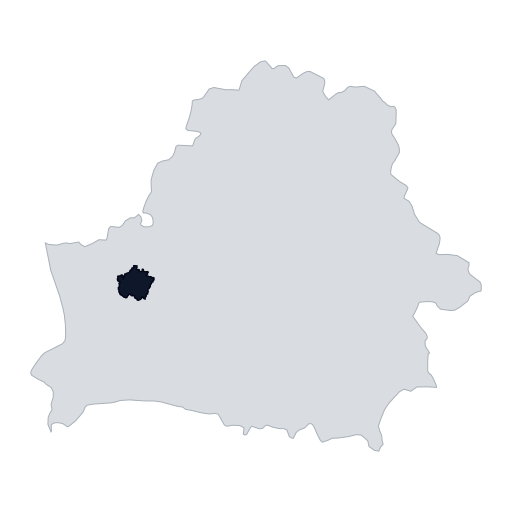 location of Dzyatlava, Grodno, Belarus
{"feature_id": "67162791B37208014069458", "entity_name": "Dzyatlava", "entity_type": "district", "adm_level": 2, "iso_a3": "BLR", "parent_name": "Belarus", "parent_adm1": "Grodno", "projection": "mercator", "projection_center": [25.377, 53.437], "detail": "fine", "context": "in_parent", "style": "filled", "palette": "ink", "viewbox_px": 512, "rotation_deg": 0, "n_neighbors": 0, "source": "geoboundaries", "source_scale": "gbopen_adm2", "svg_char_len": 7026}
<svg xmlns="http://www.w3.org/2000/svg" viewBox="0 0 512 512"><path d="M436.5,387.4L427.6,386.8L416.8,387.0L410.8,391.3L404.2,389.2L399.6,391.6L388.9,403.2L384.7,409.4L380.8,418.9L378.4,426.0L379.7,430.9L381.7,435.5L382.1,440.4L383.1,444.3L380.5,447.1L378.9,451.1L374.5,450.4L369.0,446.5L367.8,440.9L363.6,437.0L360.8,435.0L356.2,434.7L348.9,436.5L339.3,437.9L332.1,438.3L328.2,440.2L322.3,442.2L320.1,439.9L316.9,433.5L314.2,427.2L312.4,424.4L310.8,423.6L308.8,423.8L306.6,425.8L304.9,427.8L298.9,430.2L296.2,432.5L293.3,438.3L291.3,437.9L289.3,436.6L287.0,430.1L283.8,428.6L278.8,428.5L272.5,427.1L267.4,425.1L265.5,425.6L262.5,428.4L259.2,428.8L252.0,426.3L250.6,427.4L246.5,434.6L244.5,435.0L243.4,434.1L244.0,427.8L239.9,425.6L232.8,425.2L227.9,426.1L225.5,425.9L224.2,424.7L218.2,414.1L215.0,413.4L209.2,414.0L200.8,412.7L191.0,410.3L185.6,409.4L182.8,407.1L176.8,406.2L160.7,401.8L154.1,401.0L144.4,400.9L129.6,399.9L120.1,400.5L115.7,401.9L110.6,402.9L93.1,404.1L86.8,405.3L85.0,407.5L82.9,412.4L75.7,420.8L68.7,426.4L67.4,426.8L63.3,423.9L59.9,422.9L55.8,422.6L53.0,423.5L51.2,424.9L51.4,431.4L51.0,431.9L47.9,424.3L48.2,417.3L49.9,413.3L52.0,409.7L51.1,404.3L53.2,397.2L53.3,392.0L52.4,389.8L50.7,387.2L46.1,384.3L44.1,382.1L37.9,379.1L31.8,375.4L30.7,373.1L31.0,371.5L32.1,369.1L36.8,362.1L41.9,355.3L45.1,352.5L62.4,343.8L65.0,340.7L65.7,335.5L65.4,325.0L64.4,315.3L63.0,308.7L59.7,296.2L50.7,270.1L45.3,242.9L48.9,244.5L57.1,245.1L63.7,243.2L67.1,243.0L70.1,243.6L78.7,242.0L80.9,244.5L84.7,246.7L92.3,243.5L99.0,239.7L106.0,240.1L107.0,238.2L108.7,228.5L110.8,226.4L119.1,227.4L122.2,225.6L125.4,220.8L130.4,217.8L134.5,217.8L138.7,214.4L140.8,216.7L141.9,220.7L140.5,223.9L141.1,225.2L144.0,226.8L149.1,226.8L152.4,225.4L153.1,223.6L153.1,220.2L152.3,217.1L150.1,214.4L146.1,213.0L143.3,213.0L142.8,211.3L143.8,207.6L146.3,200.8L149.3,194.7L151.2,192.4L151.5,190.3L151.2,186.5L151.1,179.8L153.8,170.4L157.6,163.3L162.5,161.0L168.6,159.8L172.5,156.4L174.4,152.5L176.1,146.4L178.0,145.2L192.6,145.9L194.8,139.8L196.1,138.1L198.9,136.3L200.9,134.1L200.1,132.4L196.4,131.3L187.6,130.4L185.8,128.4L186.4,125.9L188.7,119.6L191.0,111.4L192.1,105.0L192.3,101.2L193.5,100.2L200.7,99.0L203.1,97.7L209.2,89.0L213.9,87.5L226.1,89.8L231.6,89.6L238.7,90.2L239.3,89.3L241.8,80.7L253.8,66.8L260.2,62.0L264.3,60.9L265.7,61.2L272.1,68.5L273.7,68.8L277.9,65.7L285.4,65.5L288.8,68.0L293.7,77.0L296.3,78.1L303.5,73.1L307.5,71.4L310.1,71.5L323.7,78.4L324.7,80.7L324.8,83.3L322.7,91.4L325.5,96.4L328.7,99.8L335.7,94.2L338.3,92.7L341.1,92.6L344.9,90.5L347.6,87.4L350.2,86.3L355.2,87.1L364.3,86.3L374.8,91.2L375.7,92.7L380.9,98.5L382.8,101.3L384.5,102.2L387.3,105.0L391.1,106.8L393.7,106.3L394.9,107.2L396.1,109.4L396.2,113.1L395.8,123.8L392.0,129.4L391.5,131.3L391.7,133.6L394.7,138.2L398.5,145.3L399.4,149.4L399.4,152.5L394.2,161.6L392.4,163.7L391.2,168.1L390.6,172.6L391.0,174.5L399.7,181.6L406.2,185.5L407.7,187.4L407.8,188.6L404.3,196.2L404.0,198.3L409.2,201.4L412.1,206.4L414.6,214.5L419.5,222.3L437.9,233.6L439.5,235.6L440.1,238.0L439.5,243.3L436.1,253.3L439.3,254.7L447.3,254.4L457.2,255.6L469.0,262.7L469.0,265.8L467.8,268.7L468.6,271.7L469.9,274.3L480.1,282.1L481.1,284.4L481.3,288.2L481.0,291.0L478.2,291.6L475.0,292.9L469.9,296.2L467.9,300.9L459.6,307.4L454.4,310.3L450.3,310.5L440.6,309.2L437.2,306.0L435.8,303.0L432.0,301.7L427.1,301.6L420.2,302.1L418.8,303.0L417.7,306.6L414.8,312.7L412.7,316.2L421.4,328.3L425.8,333.3L427.2,336.4L427.1,338.5L425.0,341.1L425.3,346.2L429.6,353.0L428.1,354.0L427.7,362.3L427.7,371.1L428.9,373.2L431.2,375.0L433.1,378.2L436.3,385.5L436.5,387.4Z" fill="#d9dde1" stroke="#a8b0b8" stroke-width="1"/><path d="M136.9,265.9L136.4,265.9L135.8,265.8L134.8,265.7L134.2,265.7L133.7,265.8L133.7,266.4L134.0,266.8L134.2,267.1L133.7,267.5L133.1,267.7L132.6,267.9L132.0,268.1L131.8,268.9L131.4,269.6L130.6,270.1L130.2,270.4L130.0,270.8L129.8,271.4L129.6,272.0L129.2,272.5L128.7,272.8L128.0,273.0L127.3,273.1L126.9,273.2L126.5,273.4L126.3,273.7L125.8,273.9L125.3,274.0L124.8,274.1L124.7,274.5L124.7,275.0L124.7,275.5L124.4,276.0L124.1,276.1L123.7,276.4L123.6,276.8L123.6,277.4L123.8,277.8L123.7,278.2L123.5,278.8L123.2,278.8L122.9,278.6L122.8,278.0L122.8,277.3L122.7,276.7L122.8,276.1L122.7,275.6L122.5,275.2L122.2,275.1L121.8,275.4L121.7,275.6L121.2,275.4L121.1,275.2L120.9,275.4L120.7,275.6L120.4,275.8L120.0,276.0L119.4,276.0L118.8,276.0L118.1,276.1L117.7,276.5L117.9,277.1L118.1,277.4L118.0,277.6L117.8,277.9L117.7,278.5L117.4,278.9L117.5,279.7L117.6,280.1L117.7,280.6L118.1,281.0L118.5,281.2L119.1,281.3L119.6,281.4L119.8,281.8L120.0,282.4L120.0,282.8L119.5,283.0L119.1,283.1L119.1,283.6L119.3,284.1L119.3,285.1L119.3,285.9L119.3,286.6L119.1,287.0L118.9,287.4L118.5,287.5L118.3,287.8L118.4,288.1L118.5,288.3L118.5,288.6L118.4,289.0L118.5,289.4L118.7,289.7L118.9,289.9L119.0,290.7L118.9,291.4L119.1,292.3L119.5,292.6L119.7,293.0L119.8,293.7L120.2,294.4L120.6,294.7L121.0,294.9L121.5,295.2L122.2,295.7L122.8,296.0L123.2,296.4L123.6,296.7L123.7,296.9L124.0,297.2L124.6,297.2L125.1,297.2L125.5,297.6L126.0,297.8L126.4,297.6L126.4,297.3L126.9,297.1L127.2,297.0L127.3,296.6L127.2,296.1L127.5,295.8L128.1,295.6L128.4,295.1L128.7,294.5L129.2,294.3L129.9,294.3L130.4,294.4L130.8,294.8L131.0,295.3L131.3,295.6L131.5,295.6L132.0,295.7L133.1,295.7L134.0,295.7L134.3,295.8L134.5,296.1L134.6,296.6L134.6,297.0L134.7,297.4L134.9,297.9L135.1,298.1L135.4,298.3L135.5,298.3L136.1,298.4L136.6,298.5L136.8,298.7L136.9,299.1L137.0,299.5L137.3,300.0L137.7,300.2L138.0,300.2L138.7,300.2L138.9,300.1L139.2,299.9L139.4,299.8L139.9,299.6L140.4,299.4L140.5,299.2L140.9,298.9L141.2,298.7L141.5,298.2L141.4,297.6L141.8,297.2L142.1,297.2L142.3,296.7L142.6,296.6L142.9,297.0L143.1,297.5L143.3,297.9L143.6,298.3L143.9,298.5L144.3,298.7L145.0,299.0L145.0,298.8L145.1,298.4L145.2,297.6L145.4,297.2L145.9,296.6L146.2,296.0L146.2,295.6L145.7,294.9L145.8,294.6L146.7,294.2L147.1,294.1L147.6,293.9L147.5,293.4L147.6,293.0L147.7,292.8L147.9,292.3L148.2,291.8L148.1,291.3L148.1,290.9L147.8,290.4L147.8,289.9L147.9,289.2L148.2,288.9L148.9,288.6L149.1,288.4L149.4,287.6L149.5,287.3L150.3,286.7L150.3,286.1L150.2,285.3L150.4,284.7L150.7,284.3L151.3,283.9L151.5,283.3L151.5,282.9L151.5,282.5L151.7,282.1L152.1,282.1L152.6,282.0L152.9,281.9L153.0,281.4L153.0,281.0L153.1,280.4L153.4,280.4L153.8,280.1L154.0,279.6L153.9,279.1L153.7,278.8L153.8,278.4L154.0,278.1L153.8,277.8L153.4,277.6L152.9,277.6L152.2,277.6L151.4,277.5L151.3,277.0L151.0,276.8L150.6,276.7L150.1,276.7L149.7,276.8L149.0,276.7L148.6,276.5L148.3,276.2L148.1,276.2L147.5,276.1L146.9,275.9L146.3,275.6L146.4,275.1L146.6,274.9L147.2,274.5L147.5,274.1L147.3,273.4L147.5,273.0L148.0,272.6L148.2,272.2L147.9,271.8L147.3,271.6L146.6,271.8L145.4,271.8L144.3,271.6L143.7,271.3L143.4,270.7L143.4,270.1L143.2,269.4L142.7,269.2L142.3,269.4L142.3,270.2L142.2,271.1L141.6,271.6L140.5,271.6L139.4,271.2L139.1,270.7L139.2,269.9L138.7,269.6L137.8,269.6L136.9,269.5L136.5,268.8L136.6,268.0L137.0,267.3L136.9,266.7L136.9,265.9L136.9,265.9Z" fill="#0f172a" stroke="#020617" stroke-width="1.5"/></svg>